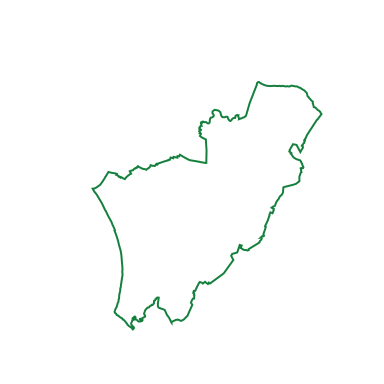 the district of Kombo North, Banjul, Gambia, rotated 304°
{"feature_id": "56634734B65078205245432", "entity_name": "Kombo North", "entity_type": "district", "adm_level": 2, "iso_a3": "GMB", "parent_name": "Gambia", "parent_adm1": "Banjul", "projection": "orthographic", "projection_center": [-16.683, 13.381], "detail": "fine", "context": "isolated", "style": "outline", "palette": "green", "viewbox_px": 384, "rotation_deg": 304, "n_neighbors": 0, "source": "geoboundaries", "source_scale": "gbopen_adm2", "svg_char_len": 6027}
<svg xmlns="http://www.w3.org/2000/svg" viewBox="0 0 384 384"><g transform="rotate(304 192 192)"><path d="M322.2,255.5L329.0,255.8L329.7,254.0L330.1,253.6L330.4,251.8L330.3,250.4L331.0,247.1L330.5,245.5L331.4,244.6L333.4,242.2L334.4,241.8L334.8,238.8L335.3,237.8L335.3,236.9L335.9,235.4L336.0,234.3L337.4,232.8L338.3,231.7L339.0,228.3L338.8,225.0L339.0,223.6L338.4,222.3L338.3,220.1L337.3,218.5L336.0,215.4L335.4,214.6L334.3,214.1L333.6,213.2L333.1,212.0L331.8,210.5L330.6,207.6L329.5,206.7L329.1,205.3L328.3,204.7L325.6,200.2L323.8,198.0L322.4,195.6L321.6,193.8L321.0,191.6L320.5,188.2L320.6,185.9L320.4,185.6L319.7,185.2L319.1,185.1L318.4,185.1L317.7,185.4L317.0,185.9L316.5,185.9L297.9,190.1L285.8,194.0L284.8,194.1L284.6,193.9L283.4,193.6L278.6,190.2L279.4,189.8L281.0,187.3L281.5,187.4L281.2,186.5L279.8,185.6L279.2,185.6L278.3,186.1L277.5,186.3L277.2,185.7L276.3,185.0L275.4,184.5L273.9,184.5L272.4,184.2L272.1,183.2L272.7,181.5L274.1,179.4L273.5,178.2L272.2,177.3L271.0,175.2L272.0,173.0L274.0,171.0L274.3,168.3L272.8,164.8L270.5,164.0L268.9,164.7L267.8,167.2L266.6,167.6L264.6,166.6L264.1,166.0L263.0,166.0L261.7,166.5L260.4,167.3L259.0,167.8L258.1,167.4L257.7,166.7L257.8,164.5L256.8,163.2L256.7,162.1L256.4,161.5L255.7,161.1L255.7,161.6L255.5,161.8L255.2,161.7L254.5,160.7L254.3,160.7L254.0,160.8L253.8,161.1L253.8,161.7L253.0,162.0L252.7,162.2L252.2,162.9L252.0,162.6L251.9,162.3L251.7,162.1L251.2,162.1L251.1,162.4L250.5,162.5L249.8,162.5L249.5,162.1L249.1,162.2L248.9,162.9L248.4,163.0L248.5,164.1L248.7,164.4L248.7,164.6L248.0,164.7L247.1,163.9L246.8,164.1L246.3,164.1L246.0,164.9L245.9,165.4L245.2,165.5L245.6,166.0L245.2,166.9L242.9,167.2L242.7,169.6L243.3,174.1L234.6,180.8L224.1,187.6L223.6,186.9L221.5,182.2L221.2,181.3L217.0,172.0L216.4,166.2L216.1,161.1L214.5,161.4L214.2,160.7L213.6,159.9L212.3,160.7L210.8,157.1L210.0,157.5L209.5,157.6L208.6,155.0L206.3,155.6L205.4,154.4L204.6,154.4L204.5,154.1L204.1,153.9L203.6,153.3L196.3,147.7L196.1,148.1L195.1,147.8L195.3,146.8L194.5,146.7L193.1,146.7L192.7,146.5L192.7,146.3L191.9,145.1L191.1,142.7L189.8,143.1L188.2,142.9L185.6,141.8L184.9,141.7L184.7,140.5L183.5,137.7L183.5,136.7L183.1,134.4L183.2,132.8L181.6,132.8L181.7,132.4L180.0,132.0L180.0,131.6L178.0,130.9L176.9,130.9L176.6,130.3L174.4,128.8L173.1,131.3L171.4,130.4L169.3,129.7L167.7,129.3L165.1,129.1L164.8,127.0L164.7,124.8L163.9,124.7L163.9,123.2L164.2,123.1L164.2,122.7L163.8,122.6L164.2,120.8L163.9,119.7L165.0,119.7L164.8,118.6L163.1,114.9L161.8,111.5L157.3,111.8L156.1,111.7L154.5,111.9L150.9,112.0L148.0,111.9L146.5,111.8L142.6,110.4L141.0,109.5L140.0,108.8L139.2,107.8L137.8,110.5L136.6,114.4L132.3,123.6L128.3,130.3L128.1,131.1L125.6,135.3L122.0,142.2L120.4,144.4L118.8,147.2L117.3,149.4L116.8,149.2L113.3,154.1L110.1,158.1L107.5,160.8L103.6,165.5L100.7,168.3L90.9,176.2L90.3,176.6L88.7,177.9L87.3,178.5L84.7,180.6L82.9,181.5L80.6,182.5L79.1,183.3L78.1,183.6L77.4,184.2L75.5,184.8L74.6,185.5L72.8,186.3L72.0,186.4L70.6,187.4L68.8,188.2L67.2,188.7L66.1,189.2L63.4,190.8L62.6,191.2L62.0,191.2L60.2,192.2L59.3,192.5L58.4,192.5L54.7,193.8L52.7,193.9L49.3,194.8L48.7,195.6L48.8,196.2L48.5,197.5L47.9,198.4L48.3,199.9L48.0,201.6L48.0,203.2L48.2,204.5L47.9,205.6L47.6,205.8L47.9,206.6L47.3,209.1L46.8,210.7L46.5,211.1L46.6,211.4L46.3,212.2L45.9,212.7L45.8,213.9L45.6,214.8L45.7,217.5L45.0,219.8L46.0,220.0L46.9,220.0L47.3,219.3L48.0,216.1L48.9,215.1L51.7,214.4L52.5,214.7L53.2,214.7L53.5,214.6L53.5,213.6L54.4,213.4L55.2,213.9L56.4,213.9L56.8,214.3L56.7,215.1L56.4,215.4L55.5,215.4L54.9,215.6L54.4,216.1L55.1,216.9L55.1,217.6L54.7,220.1L55.7,221.5L57.1,222.7L58.0,222.7L58.5,222.3L58.3,221.5L57.7,221.1L57.3,220.5L57.3,219.9L57.6,219.8L58.0,220.0L58.4,220.7L59.0,221.3L60.6,221.8L62.4,222.8L62.8,222.7L63.6,221.8L63.8,220.9L64.3,220.3L67.9,219.3L71.3,219.8L72.3,220.9L73.9,220.9L74.9,221.6L76.0,221.7L76.2,222.4L77.6,222.7L78.5,222.7L79.2,222.1L79.8,221.9L80.5,221.4L81.6,222.0L82.8,221.6L83.3,222.1L84.5,221.9L85.4,222.6L85.8,223.5L80.1,226.3L77.9,227.9L77.5,229.3L79.0,235.2L77.2,238.3L76.3,239.5L74.8,243.6L72.4,247.6L72.2,248.1L72.5,247.9L73.4,248.0L77.1,250.3L77.8,251.1L78.0,251.4L78.3,251.6L79.1,255.1L81.7,256.5L87.1,257.5L91.9,256.5L98.6,255.4L99.7,253.0L102.0,252.5L104.1,252.4L104.8,253.3L107.6,251.8L107.7,251.1L108.4,251.0L109.0,250.7L109.2,250.3L109.0,249.5L110.9,248.8L111.2,249.6L111.4,249.8L111.7,249.9L114.3,249.5L119.2,248.8L121.3,248.7L121.8,248.8L121.9,249.4L122.4,251.3L122.2,252.2L124.8,253.0L124.6,256.7L125.4,256.8L126.3,256.7L126.2,258.1L142.3,263.8L158.7,264.3L161.0,260.2L163.0,259.9L167.2,263.3L174.8,261.2L175.4,263.1L174.0,263.5L172.8,263.4L172.9,263.8L172.9,266.0L173.1,267.5L174.2,269.5L174.3,270.3L174.8,270.9L175.5,271.5L176.3,270.9L187.9,276.2L188.8,275.7L191.5,276.1L192.3,275.9L193.0,275.1L193.0,274.7L192.8,274.5L194.6,274.9L194.9,275.7L195.9,276.2L196.1,276.0L196.3,275.3L196.6,275.1L197.0,275.0L197.0,274.8L197.4,274.6L202.2,273.4L204.3,272.7L204.3,271.8L205.0,271.6L211.1,270.7L212.0,270.3L212.4,270.3L214.8,269.6L215.3,269.6L216.0,269.3L216.3,268.9L219.0,268.4L219.4,270.6L222.7,269.9L222.8,269.6L223.7,269.3L223.5,266.8L224.9,267.2L226.7,268.4L228.7,268.1L230.3,267.6L232.3,267.5L234.6,267.7L236.8,267.4L238.4,267.5L239.0,267.7L239.9,268.0L241.8,267.8L242.8,267.5L246.9,265.2L247.9,265.8L254.4,271.7L257.0,273.7L261.0,275.0L264.8,272.4L266.2,272.1L266.9,271.8L268.9,271.4L269.6,271.7L270.0,271.4L270.5,270.6L271.2,270.1L271.4,270.1L271.8,269.8L272.4,268.8L273.0,269.1L273.1,269.7L274.0,270.7L274.7,270.6L274.9,270.4L275.9,268.7L277.1,267.3L277.5,266.1L277.9,265.8L278.7,264.2L278.1,261.8L277.7,260.7L277.5,259.2L277.5,256.6L278.8,253.5L279.1,253.3L279.0,252.4L279.9,252.4L280.0,250.1L280.9,250.0L281.2,249.8L281.3,249.5L288.1,249.0L289.5,252.3L285.7,259.5L288.9,259.2L289.4,259.3L290.6,259.2L291.2,258.8L291.8,258.4L291.7,257.2L292.4,257.1L293.1,257.4L294.1,257.3L295.2,257.3L295.5,257.6L295.9,257.4L297.6,256.9L297.3,256.6L297.3,256.3L298.3,256.0L300.2,256.1L303.6,255.5L321.8,255.2L322.2,255.5Z" fill="none" stroke="#15803d" stroke-width="2"/></g></svg>